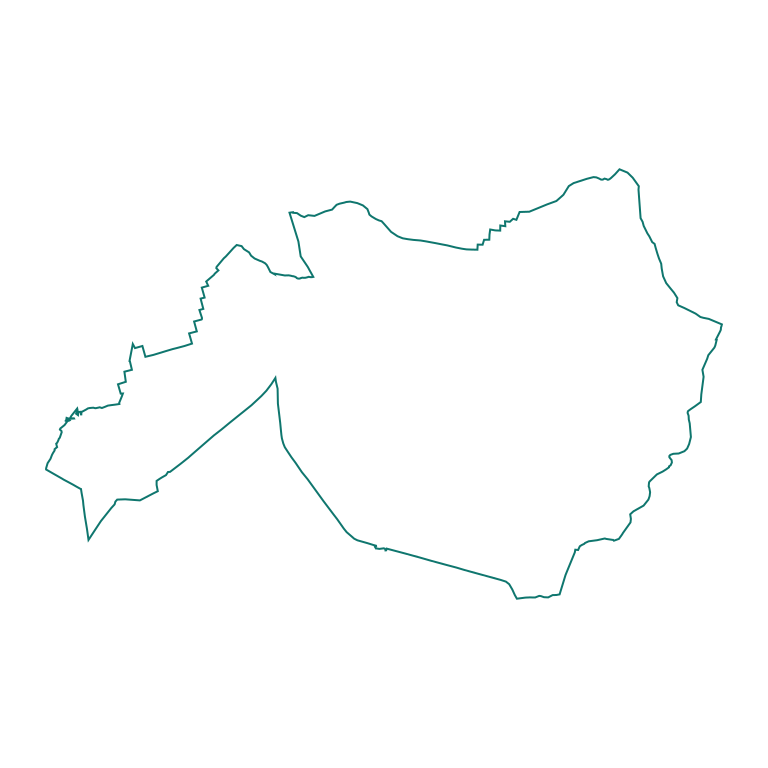 the district of Zinacatepec, Puebla, Mexico
{"feature_id": "50627088B86933988518350", "entity_name": "Zinacatepec", "entity_type": "district", "adm_level": 2, "iso_a3": "MEX", "parent_name": "Mexico", "parent_adm1": "Puebla", "projection": "mercator", "projection_center": [-97.237, 18.327], "detail": "fine", "context": "isolated", "style": "outline", "palette": "teal", "viewbox_px": 768, "rotation_deg": 0, "n_neighbors": 0, "source": "geoboundaries", "source_scale": "gbopen_adm2", "svg_char_len": 5752}
<svg xmlns="http://www.w3.org/2000/svg" viewBox="0 0 768 768"><path d="M46.1,469.5L53.4,473.7L62.0,478.6L63.6,479.6L68.3,482.1L73.1,484.7L76.4,486.6L80.9,489.1L81.0,489.1L81.6,493.0L83.0,500.7L83.4,505.0L84.9,516.5L87.0,529.1L88.5,539.9L96.0,528.5L100.9,521.1L111.3,508.0L114.6,504.4L115.4,501.6L117.2,499.6L125.2,499.3L139.9,500.4L153.5,493.3L157.8,491.2L156.6,485.0L156.6,480.9L159.7,478.8L162.1,477.3L166.0,475.1L168.0,472.0L170.0,471.9L180.6,463.8L188.4,457.6L189.6,456.5L195.8,451.1L205.7,442.5L213.9,435.4L221.6,429.4L229.6,422.8L241.4,413.3L241.8,413.0L247.4,408.5L251.5,405.2L253.0,403.8L257.2,399.9L261.4,396.0L266.4,390.7L271.4,384.1L275.4,377.9L275.9,381.6L277.6,388.7L277.9,403.6L280.2,422.8L280.8,429.1L281.4,435.0L281.9,438.4L283.3,443.5L284.8,447.2L287.8,451.8L291.4,457.2L295.6,462.9L301.9,472.2L307.6,479.2L307.9,479.6L323.4,501.0L333.5,514.4L337.2,519.2L343.8,528.6L346.6,532.1L354.2,538.7L357.4,540.3L367.6,543.2L373.4,545.0L376.0,545.7L376.1,546.2L375.0,546.9L376.0,548.5L376.6,548.4L377.4,548.6L379.4,548.9L383.9,548.3L385.4,549.3L385.5,550.4L386.2,550.3L386.3,549.7L386.6,548.6L392.3,550.1L405.1,553.5L419.7,557.5L431.2,560.8L446.3,564.9L456.5,567.6L464.5,570.0L475.4,573.0L500.6,579.9L505.9,581.6L509.2,584.2L512.3,589.5L514.8,595.0L516.9,598.7L525.4,597.6L529.8,597.4L535.1,597.5L539.2,595.9L540.9,596.1L544.0,597.2L548.2,597.4L552.6,595.1L556.3,595.0L559.6,594.4L565.5,575.1L566.5,572.6L574.8,552.4L575.3,549.7L578.1,550.0L579.8,546.3L581.6,545.1L584.3,543.8L585.0,543.0L588.7,541.3L597.1,540.2L604.7,538.5L604.9,538.5L606.1,538.9L612.8,539.9L613.1,539.9L613.9,540.7L618.9,538.9L622.2,534.3L622.8,533.2L630.5,522.4L630.9,518.9L630.2,514.3L633.5,511.3L643.6,505.6L648.4,499.6L649.6,496.2L650.1,492.2L649.3,488.0L649.2,487.7L648.7,486.4L648.9,483.9L649.1,482.3L649.7,481.4L656.9,474.4L662.6,471.6L666.1,469.4L669.0,467.3L669.0,466.4L670.6,465.3L671.9,462.5L671.6,460.1L670.3,458.5L669.4,457.3L669.3,456.1L670.3,454.9L673.3,453.8L678.7,453.5L684.4,451.2L687.1,448.6L689.1,444.1L690.1,440.2L690.9,437.0L690.5,432.4L689.7,423.3L688.8,419.5L688.6,415.7L687.6,412.9L687.9,411.3L689.1,410.3L690.9,409.0L694.9,406.3L700.8,402.0L701.3,394.4L703.6,376.8L702.4,369.8L707.2,358.7L708.3,355.2L714.4,347.6L715.3,345.5L716.7,339.8L715.9,339.6L720.2,331.2L720.8,329.8L721.0,327.4L721.4,326.4L721.5,325.9L721.9,324.4L708.8,318.9L703.3,317.8L700.4,317.0L695.6,313.6L684.3,308.0L678.2,305.3L676.7,302.2L677.4,298.1L674.0,292.7L670.7,288.7L666.2,283.1L663.1,276.3L661.7,268.5L661.2,263.7L659.0,258.5L657.4,253.7L655.7,248.0L654.6,243.9L652.2,242.1L650.2,238.1L649.3,236.3L647.4,233.4L643.7,225.9L642.6,221.8L640.6,218.2L638.5,189.7L638.8,186.2L632.7,177.7L627.5,172.6L619.5,169.3L615.0,174.3L610.9,178.1L609.3,179.3L607.9,179.8L606.4,179.1L604.5,178.6L602.8,179.6L601.1,179.6L599.2,178.6L596.4,177.4L593.5,177.1L586.9,178.8L573.6,183.1L568.8,186.1L563.4,194.8L556.4,201.0L547.1,204.4L529.3,211.7L519.6,212.0L516.4,219.8L513.1,218.8L509.8,221.8L505.0,221.3L505.3,226.2L500.3,225.5L500.2,230.6L495.2,230.4L490.2,229.5L489.5,234.6L489.3,239.7L484.1,239.8L482.6,244.7L477.7,244.6L477.4,249.7L472.3,249.6L466.7,249.4L464.5,249.1L461.9,248.7L455.8,247.5L447.3,245.4L442.5,244.5L435.4,243.1L430.4,242.2L426.1,241.4L420.6,240.5L413.4,239.9L407.9,239.2L402.7,238.3L397.5,236.2L394.1,233.9L391.1,231.9L383.8,223.6L381.6,221.2L378.9,220.4L375.8,219.0L371.5,216.4L369.4,214.6L368.8,212.7L367.4,209.1L362.9,205.4L357.3,203.1L350.2,201.6L346.3,202.0L344.3,202.6L339.5,203.7L336.6,204.8L334.4,207.1L332.1,209.6L325.2,211.4L314.5,215.9L308.2,215.2L304.3,217.1L300.8,215.7L297.0,213.1L293.1,212.8L293.0,212.2L289.5,212.7L298.4,241.5L300.7,256.4L307.7,266.8L308.6,268.4L309.5,270.1L310.4,271.7L311.3,273.3L312.5,275.5L313.3,276.9L312.9,277.0L312.3,277.1L311.8,277.1L311.1,277.2L310.2,277.1L309.2,276.9L308.3,276.9L308.0,277.1L306.9,277.4L306.1,277.6L305.2,277.8L304.6,277.8L303.4,277.8L302.6,277.7L302.1,277.7L301.6,277.9L300.9,278.1L300.4,278.2L300.0,278.5L299.3,278.6L298.5,278.6L297.8,278.5L297.3,278.3L296.8,278.1L296.5,277.8L296.3,277.5L296.0,277.3L295.5,277.0L294.9,276.7L294.4,276.6L293.7,276.3L293.1,276.2L292.6,276.2L291.8,276.0L291.1,275.8L290.6,275.7L290.2,275.6L289.6,275.5L288.9,275.4L288.2,275.3L287.6,275.4L286.9,275.4L286.1,275.4L285.0,275.5L273.8,273.5L274.1,274.0L272.6,273.2L270.4,272.0L267.9,267.0L266.7,264.9L265.0,263.2L261.9,261.5L259.8,260.8L254.6,258.5L251.1,255.7L249.1,252.4L243.9,249.1L241.6,246.1L239.3,245.6L236.7,245.0L233.5,248.0L230.0,251.9L225.8,256.5L223.8,258.3L216.6,266.9L216.3,268.1L218.4,270.4L214.6,273.8L214.4,274.3L213.9,274.9L206.2,281.5L208.2,285.8L201.8,287.6L204.5,297.1L204.6,297.6L200.6,298.6L203.3,308.9L199.4,310.0L202.0,318.0L201.9,319.1L201.6,319.5L194.1,321.5L196.8,331.4L189.1,333.4L192.0,343.6L184.5,346.0L176.6,348.1L172.6,349.1L166.2,351.0L161.0,352.6L153.4,354.9L145.4,356.8L142.4,346.0L135.0,348.1L132.8,344.0L129.5,361.1L129.9,361.3L131.9,369.8L124.4,371.7L125.8,381.8L118.0,384.3L120.7,393.6L122.9,393.5L121.6,397.0L119.2,402.8L119.4,404.0L115.4,404.6L111.4,405.1L107.9,405.6L104.8,406.9L101.9,408.0L99.7,407.3L98.5,407.6L95.7,408.2L94.8,408.1L93.3,407.7L89.8,408.0L87.9,408.4L86.4,409.4L81.4,412.1L81.3,414.4L81.0,414.4L80.6,411.8L78.4,412.0L78.0,415.1L76.1,413.7L77.6,410.4L77.2,408.5L71.4,415.8L69.8,418.5L71.6,418.3L73.9,418.3L74.0,418.5L72.1,418.6L71.7,418.7L71.1,418.6L69.7,418.8L67.1,418.1L66.6,417.9L66.4,419.1L69.6,420.2L69.7,420.3L68.7,420.8L67.8,420.5L66.2,420.0L65.7,420.8L66.0,421.0L67.0,421.4L67.1,421.6L64.6,425.0L60.3,428.5L59.9,429.6L61.4,430.9L61.7,432.2L59.8,437.7L58.8,438.9L58.4,440.2L57.2,442.7L56.2,443.7L56.6,445.2L56.7,445.9L57.1,447.1L54.6,449.2L54.6,450.5L53.0,453.0L52.0,454.9L50.5,458.8L47.6,463.2L46.1,468.3L46.1,469.5Z" fill="none" stroke="#0f766e" stroke-width="2"/></svg>